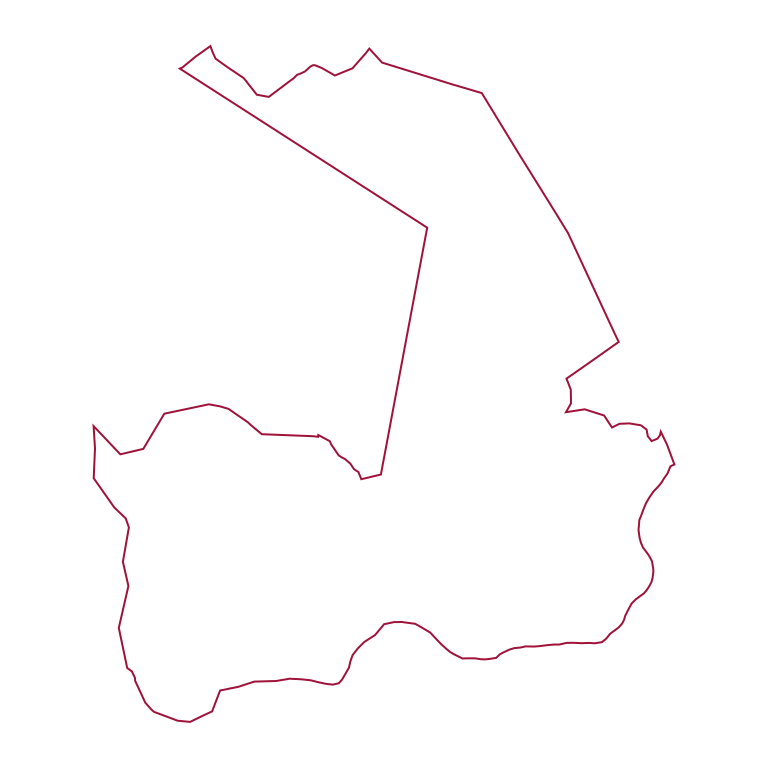 San Bartolomé Ayautla, Oaxaca, Mexico (Albers equal-area conic projection)
{"feature_id": "50627088B49062393925558", "entity_name": "San Bartolomé Ayautla", "entity_type": "district", "adm_level": 2, "iso_a3": "MEX", "parent_name": "Mexico", "parent_adm1": "Oaxaca", "projection": "albers", "projection_center": [-96.67, 18.058], "detail": "fine", "context": "isolated", "style": "outline", "palette": "rose", "viewbox_px": 768, "rotation_deg": 0, "n_neighbors": 0, "source": "geoboundaries", "source_scale": "gbopen_adm2", "svg_char_len": 2472}
<svg xmlns="http://www.w3.org/2000/svg" viewBox="0 0 768 768"><path d="M190.1,721.9L202.8,715.7L212.1,711.4L220.1,690.5L238.4,686.8L254.3,681.6L276.2,681.0L289.6,678.7L301.3,679.3L310.8,680.3L318.7,682.3L326.3,683.9L332.8,684.6L338.7,683.3L342.0,679.7L349.0,667.6L350.3,661.6L352.6,655.1L358.0,648.2L364.4,641.9L375.1,635.0L384.1,624.2L394.1,622.1L401.8,622.0L415.2,623.8L422.9,628.2L430.3,632.6L436.1,638.9L441.7,644.7L449.4,651.5L452.0,653.1L453.4,654.0L456.9,655.7L462.4,658.5L467.1,658.3L474.9,658.3L480.7,659.2L485.0,659.4L489.8,658.9L496.1,657.9L499.9,654.3L503.6,652.3L509.7,649.5L514.4,648.1L520.1,647.6L525.6,646.4L531.6,646.5L535.0,646.5L539.7,646.1L547.9,645.1L554.4,644.5L559.6,644.5L566.5,642.9L573.7,642.8L581.9,643.2L588.9,642.9L594.6,643.3L601.8,642.2L605.4,639.4L608.0,636.5L610.0,633.9L612.9,631.7L616.3,629.2L619.0,627.1L622.1,623.6L624.1,619.7L625.2,615.8L626.5,613.3L627.4,611.3L629.4,607.6L631.7,603.4L635.6,599.5L640.4,595.9L643.9,593.4L646.9,589.8L649.1,586.5L651.4,582.2L652.7,577.3L652.9,575.4L653.4,571.7L653.2,568.5L652.0,561.3L650.8,558.9L648.9,555.5L643.0,547.5L641.1,543.2L639.7,538.2L639.1,534.6L638.5,529.6L639.0,524.9L639.3,520.2L641.4,515.0L643.4,509.4L646.1,503.0L649.5,497.2L653.8,491.1L658.1,486.7L661.4,482.7L664.2,478.1L667.5,473.5L670.5,466.2L674.4,464.5L667.0,444.6L660.8,431.7L659.9,435.4L657.4,438.7L651.6,441.1L647.8,436.2L646.6,429.6L640.9,425.3L629.3,423.4L619.5,423.8L612.0,427.5L604.1,415.5L584.7,409.3L566.0,412.2L571.0,403.3L570.8,389.7L566.5,378.6L590.0,362.2L618.7,341.9L614.7,333.6L568.1,233.2L553.9,210.1L517.8,152.1L511.6,141.9L481.8,93.1L452.0,84.3L411.8,71.8L382.1,62.6L369.3,48.6L365.9,53.1L352.5,68.3L334.9,75.5L321.6,67.9L314.9,65.2L313.1,65.2L310.3,66.6L307.5,69.2L304.9,71.5L300.7,73.5L297.1,74.8L293.7,78.2L288.0,82.4L268.8,96.9L256.8,94.7L243.7,78.1L227.8,67.4L215.6,58.7L212.9,52.9L210.4,46.1L195.6,56.6L182.5,67.4L179.8,68.6L427.2,227.7L418.9,271.8L380.9,474.5L361.3,479.2L358.4,472.0L354.0,469.2L350.5,463.8L344.8,458.9L342.1,457.6L338.7,455.4L335.2,450.3L331.3,444.6L329.8,441.2L318.3,435.0L318.0,436.8L312.9,436.2L261.8,434.2L250.3,424.6L247.9,422.3L228.5,408.9L220.2,406.4L208.9,404.3L164.3,413.7L143.3,448.9L120.3,454.3L93.6,426.1L95.0,448.5L93.7,478.2L114.3,507.5L125.7,518.4L128.9,527.4L122.9,561.8L128.4,586.0L118.8,627.9L127.2,668.0L131.9,671.4L135.0,678.0L135.1,680.7L145.3,702.7L151.6,709.8L154.1,711.9L158.1,713.4L177.6,720.7L190.1,721.9Z" fill="none" stroke="#9f1239" stroke-width="2"/></svg>